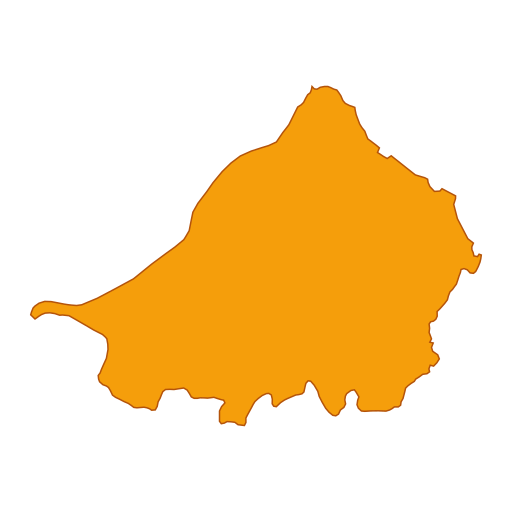 the district of Barra do Quaraí, Rio Grande do Sul, Brazil
{"feature_id": "56859067B54951640947234", "entity_name": "Barra do Quaraí", "entity_type": "district", "adm_level": 2, "iso_a3": "BRA", "parent_name": "Brazil", "parent_adm1": "Rio Grande do Sul", "projection": "mercator", "projection_center": [-57.339, -30.127], "detail": "fine", "context": "isolated", "style": "filled", "palette": "amber", "viewbox_px": 512, "rotation_deg": 0, "n_neighbors": 0, "source": "geoboundaries", "source_scale": "gbopen_adm2", "svg_char_len": 3628}
<svg xmlns="http://www.w3.org/2000/svg" viewBox="0 0 512 512"><path d="M473.4,243.1L467.8,238.7L457.4,218.7L453.7,204.4L455.5,198.7L455.6,195.9L442.0,188.7L439.8,191.1L434.4,191.4L429.9,186.6L428.1,182.5L427.6,179.2L424.7,177.7L420.6,176.5L415.3,174.9L406.8,168.2L391.2,155.8L387.2,158.5L383.4,156.4L379.7,153.9L377.5,152.5L379.4,147.9L376.2,145.2L373.8,143.4L371.6,141.7L367.8,138.9L366.3,135.2L364.8,131.2L361.9,127.6L359.7,124.1L357.6,118.6L356.1,114.5L355.2,110.3L354.8,107.4L351.9,106.3L349.4,105.5L345.3,103.4L342.9,100.6L340.8,95.7L338.6,92.4L336.8,90.0L333.7,89.1L330.7,87.6L327.9,86.5L324.4,86.5L320.2,87.3L317.1,89.2L314.3,88.9L312.0,86.5L311.4,89.8L310.2,92.8L307.7,94.7L305.7,98.2L303.6,102.4L301.2,104.8L297.7,107.0L288.9,124.7L287.1,127.1L282.8,132.6L276.4,142.0L272.5,143.8L268.6,145.6L261.7,147.7L251.2,151.1L240.3,156.0L230.9,163.1L222.3,171.5L213.1,182.6L206.9,191.5L197.9,203.3L192.9,212.2L191.2,220.5L189.2,230.7L187.8,233.1L185.7,236.7L183.8,239.7L175.0,247.0L166.4,253.2L151.7,264.1L135.8,277.0L133.4,278.9L130.8,280.3L115.9,288.4L97.2,298.3L81.7,304.8L76.6,305.5L71.5,305.1L68.7,304.8L64.1,304.1L57.4,302.8L51.1,301.6L44.7,301.4L39.0,303.2L34.9,306.1L33.1,308.0L31.5,312.0L30.7,314.8L35.0,319.0L38.9,316.2L41.6,314.5L45.2,313.1L49.9,312.8L54.9,313.6L59.6,315.2L62.5,315.0L69.0,315.7L76.9,320.2L84.7,324.7L93.9,330.1L102.4,334.4L105.0,336.7L106.8,338.7L107.8,344.2L108.0,349.5L106.4,358.4L103.7,364.3L101.4,369.5L100.1,373.0L98.2,375.5L98.6,379.1L99.6,381.8L102.9,384.7L106.4,386.0L108.5,387.5L110.3,390.5L112.5,395.1L115.5,397.3L119.7,399.3L124.1,401.6L128.3,403.4L131.2,405.4L133.8,407.4L136.9,407.8L140.4,407.5L143.9,407.2L147.0,407.8L149.6,408.8L151.6,410.2L155.3,409.9L157.2,406.4L158.1,401.9L160.1,398.2L161.5,394.6L162.8,391.6L165.5,389.5L169.7,389.3L174.0,389.5L177.8,388.9L183.7,388.0L187.2,390.1L189.5,393.7L191.3,396.9L194.1,398.3L197.4,398.3L200.1,397.8L204.3,397.9L207.6,398.1L213.9,397.3L217.4,398.5L221.0,399.6L223.7,400.2L224.9,402.9L221.6,406.6L219.5,411.0L219.5,414.8L219.5,421.3L221.3,423.7L224.3,423.1L227.0,421.6L231.0,421.8L234.9,422.3L238.0,424.7L244.4,425.5L245.9,422.5L245.9,418.0L247.6,414.7L250.0,410.3L251.6,407.4L253.1,404.5L254.9,401.6L258.1,398.6L262.2,395.5L266.3,393.6L268.8,393.4L271.3,394.9L272.3,399.1L272.2,403.8L273.7,406.2L276.3,406.7L280.6,402.6L284.5,400.0L287.6,398.5L292.5,396.4L295.8,395.0L298.8,394.6L302.0,393.8L303.9,392.0L305.1,386.5L305.9,383.3L308.1,380.8L310.7,381.2L314.2,385.2L317.8,391.3L319.2,396.4L322.1,402.1L325.7,408.3L329.1,412.3L332.8,415.3L335.8,415.8L338.5,414.1L340.4,410.0L343.9,407.4L345.6,403.9L344.8,399.9L345.4,396.1L346.7,393.6L350.9,390.5L354.4,389.8L356.2,392.3L358.9,396.9L357.7,400.2L357.0,404.7L358.4,408.2L361.4,411.0L364.8,411.3L371.1,410.9L378.5,410.8L386.0,411.1L389.6,410.0L392.1,408.6L394.4,406.9L398.3,406.9L400.6,405.2L401.1,401.8L403.0,398.5L404.8,391.6L405.6,388.1L407.8,385.9L411.1,383.4L414.3,381.4L415.7,379.1L419.2,376.9L422.7,374.3L427.0,373.7L429.6,371.8L428.9,368.9L430.2,365.2L433.6,366.1L436.8,362.8L439.3,358.9L437.7,354.8L435.0,352.9L432.7,351.3L431.5,347.4L433.2,343.0L429.8,342.2L431.5,338.9L430.2,335.3L429.1,332.5L429.6,328.3L429.1,324.0L430.6,321.8L433.5,321.1L435.8,319.3L437.2,316.2L437.1,311.5L439.9,308.8L444.7,303.4L447.4,299.8L448.4,295.9L449.9,292.0L452.6,289.3L454.3,286.9L456.4,284.1L457.8,279.9L459.0,276.1L460.4,272.5L461.0,269.5L464.0,268.6L467.3,269.8L470.1,272.9L473.5,273.3L475.7,271.5L477.1,268.8L478.3,266.4L480.0,262.1L480.8,258.7L481.3,255.0L479.1,254.2L477.5,256.6L473.9,255.9L473.2,252.7L471.9,249.7L471.8,246.8L473.4,243.1Z" fill="#f59e0b" stroke="#b45309" stroke-width="1.5"/></svg>